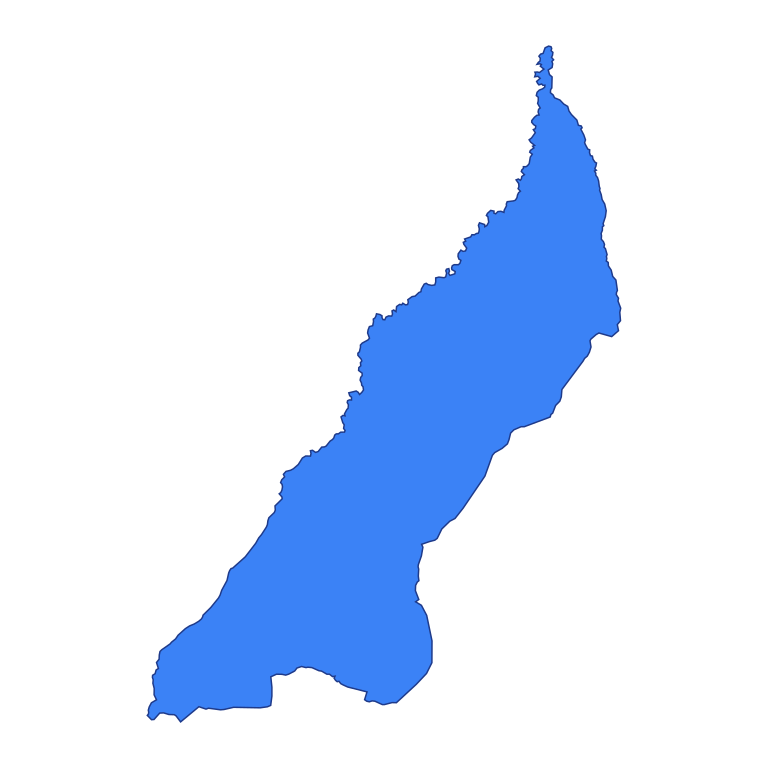 Itinga do Maranhão, Maranhão, Brazil
{"feature_id": "56859067B66965401422708", "entity_name": "Itinga do Maranhão", "entity_type": "district", "adm_level": 2, "iso_a3": "BRA", "parent_name": "Brazil", "parent_adm1": "Maranhão", "projection": "albers", "projection_center": [-47.255, -4.165], "detail": "fine", "context": "isolated", "style": "filled", "palette": "blue", "viewbox_px": 768, "rotation_deg": 0, "n_neighbors": 0, "source": "geoboundaries", "source_scale": "gbopen_adm2", "svg_char_len": 6082}
<svg xmlns="http://www.w3.org/2000/svg" viewBox="0 0 768 768"><path d="M160.0,651.5L159.3,654.9L159.1,659.2L156.5,662.5L158.4,668.5L156.1,670.0L155.1,673.7L152.6,675.3L152.4,677.3L153.2,679.8L152.9,683.3L154.2,688.4L154.1,694.8L156.5,699.8L151.4,702.8L149.2,707.0L148.3,710.2L148.7,712.2L148.4,714.1L147.3,715.4L151.5,719.7L154.0,719.5L159.7,713.1L163.6,712.9L168.9,714.5L174.3,714.7L176.1,715.9L180.6,721.9L198.9,706.7L206.0,709.1L208.5,708.2L220.5,709.8L224.0,709.5L233.6,707.3L260.1,707.8L267.4,706.8L270.7,705.4L271.9,696.1L271.9,687.2L270.8,676.8L276.5,674.2L281.9,674.3L285.7,675.1L288.8,674.1L294.7,671.0L297.0,668.0L301.6,666.5L306.0,667.6L307.9,667.2L311.9,667.6L318.9,670.7L321.5,671.1L326.9,674.2L329.5,674.2L332.5,676.6L335.0,676.2L334.1,678.2L335.6,680.4L337.2,681.7L339.0,681.3L340.7,683.6L343.1,684.9L347.7,687.0L367.0,691.9L364.6,699.7L366.7,701.2L369.3,701.8L372.1,700.9L374.9,701.2L382.4,704.6L384.3,704.6L392.1,702.6L396.4,702.7L416.2,684.4L426.5,673.5L431.9,662.7L432.0,640.9L426.7,615.4L421.4,605.3L415.6,601.8L418.8,599.5L415.4,590.7L415.6,585.4L417.3,582.0L418.9,580.7L418.3,576.1L418.7,569.1L418.1,566.8L418.3,564.8L421.4,555.9L422.9,547.2L421.6,544.3L429.4,541.6L434.8,540.2L437.2,538.4L441.8,529.0L449.8,521.2L455.0,518.5L463.1,508.2L484.9,476.1L492.4,455.3L494.7,452.6L502.1,448.4L507.4,443.9L509.0,439.7L510.6,433.1L513.9,429.8L521.1,426.7L524.3,426.7L550.2,417.0L550.9,414.5L552.7,413.1L555.6,405.5L559.8,401.2L561.3,396.9L561.9,389.5L583.0,361.2L584.6,358.4L587.3,356.1L589.4,352.2L591.0,347.0L590.0,340.8L590.8,339.2L596.1,334.6L598.9,333.0L611.7,336.6L618.5,330.7L617.3,324.6L620.5,320.7L619.8,312.3L620.7,308.2L618.0,301.0L618.5,298.2L616.3,294.6L616.5,292.4L617.4,290.5L615.9,280.0L612.7,276.4L611.2,270.1L608.4,265.9L608.2,262.4L606.3,261.1L606.8,258.5L606.4,256.4L607.1,254.6L605.4,248.6L604.0,247.2L604.5,244.4L603.4,241.6L601.3,239.2L601.5,235.7L601.1,233.5L602.4,230.3L602.4,226.8L603.8,225.7L603.1,223.7L605.4,216.7L606.2,210.7L604.7,204.0L602.1,199.5L601.2,194.6L599.6,190.2L600.0,188.5L599.3,186.5L598.6,181.0L597.5,177.5L595.8,175.3L595.8,173.2L594.5,171.0L596.3,170.2L594.8,168.8L595.9,166.2L596.5,163.0L594.9,162.1L593.0,159.2L592.4,156.1L590.5,155.6L589.5,152.7L589.7,149.8L587.8,149.1L585.3,144.4L584.6,142.6L585.5,139.9L583.8,134.9L580.8,129.1L582.1,127.8L581.3,126.0L578.4,125.3L576.9,120.1L571.4,114.5L569.0,111.0L567.7,106.4L563.7,104.0L559.9,100.0L554.5,97.8L553.2,95.0L550.4,92.7L550.6,89.7L551.8,88.0L552.1,76.9L549.5,74.6L548.2,70.0L552.1,67.5L552.7,63.8L551.9,61.4L553.6,59.8L551.5,57.3L552.5,55.3L552.9,52.4L551.1,50.7L551.7,48.4L551.0,46.7L548.6,46.1L545.1,47.8L543.1,53.4L540.6,54.1L538.9,56.2L540.3,58.2L540.0,61.1L538.3,62.4L537.0,64.3L539.8,63.8L541.4,64.5L540.3,66.2L543.9,69.1L539.5,72.5L537.3,72.0L534.9,72.2L535.6,73.9L534.7,76.8L537.9,76.3L540.2,78.3L536.6,81.4L537.6,83.3L538.9,84.9L541.7,84.0L542.9,85.3L544.9,85.2L544.7,87.2L542.6,88.8L539.3,90.1L537.1,92.3L536.3,95.6L538.3,97.3L538.2,101.1L537.6,103.4L540.2,108.0L538.6,109.3L538.1,112.0L539.1,115.0L536.8,115.3L534.5,117.2L531.8,120.5L531.7,122.3L533.6,124.6L535.8,126.0L535.4,128.6L533.3,129.6L535.3,132.7L531.5,138.0L529.1,139.8L530.6,142.1L534.6,145.4L532.6,146.2L533.9,147.9L530.3,150.5L529.7,152.2L532.3,154.2L530.3,157.1L529.2,163.6L527.5,165.7L526.0,166.7L523.4,166.7L523.4,168.4L521.9,169.8L521.3,171.5L524.4,174.7L521.8,176.5L521.4,178.8L520.4,180.3L518.3,179.0L516.1,179.9L518.7,183.6L518.9,186.6L518.1,188.7L520.4,191.2L518.6,192.7L517.5,195.0L517.0,197.6L515.4,200.2L513.5,200.9L507.2,201.7L506.3,204.0L506.5,205.8L504.2,210.2L503.9,212.4L500.9,211.3L497.9,211.6L495.7,213.8L493.9,213.1L494.0,211.1L490.7,210.4L487.5,213.3L486.4,215.5L487.9,216.7L488.7,222.2L486.9,225.5L484.8,226.7L484.6,224.5L479.5,222.8L478.4,225.3L479.3,228.8L479.0,231.5L478.2,233.3L476.4,233.5L474.4,234.8L471.9,234.7L470.7,236.9L464.6,239.0L465.7,241.2L463.3,242.3L463.9,244.4L466.7,248.1L465.5,250.9L463.0,251.4L460.9,250.1L458.2,253.8L458.0,256.4L458.9,259.1L460.9,260.3L459.9,263.3L458.4,264.7L454.1,264.7L452.3,265.7L451.6,267.9L451.9,269.6L455.2,271.5L454.8,273.8L450.0,275.4L448.5,273.2L449.5,271.3L448.8,268.6L446.5,269.2L445.8,270.8L446.6,273.1L445.7,276.9L444.1,277.7L438.9,277.1L435.7,277.9L435.7,282.0L434.8,284.9L431.7,285.4L428.1,284.6L426.2,283.3L424.2,284.1L421.4,289.0L420.9,291.7L418.9,292.5L415.1,296.1L412.1,296.6L407.8,299.7L408.3,302.2L407.6,304.5L405.6,304.9L402.8,303.2L401.7,304.8L399.6,304.4L396.6,306.5L396.0,311.6L393.7,310.0L392.0,310.9L392.5,314.1L391.7,316.1L388.6,315.9L386.0,317.1L384.8,319.8L383.0,319.6L382.0,317.6L382.0,315.8L379.9,314.5L376.5,313.8L375.8,316.4L374.8,318.1L373.3,319.1L373.5,321.7L372.7,325.7L369.4,326.6L368.1,329.9L367.6,333.0L369.5,338.2L367.9,340.0L362.2,343.1L360.4,345.1L360.5,347.2L359.4,351.8L357.9,353.2L357.9,355.3L361.2,359.2L361.8,361.0L360.4,362.7L360.8,365.8L358.8,367.6L358.6,370.5L362.1,373.1L362.2,375.5L360.7,377.4L360.1,380.1L361.5,383.0L361.7,385.2L363.0,386.7L363.5,390.0L361.7,392.5L359.5,394.5L358.3,392.4L356.2,391.0L348.8,392.8L349.7,395.7L351.5,397.2L351.5,400.0L349.4,399.9L347.6,400.7L347.2,402.5L348.4,404.7L348.1,408.2L346.8,409.6L344.5,413.9L345.0,415.8L343.0,415.4L341.0,416.9L342.8,422.7L344.2,424.8L343.6,428.5L345.1,430.4L344.5,432.1L340.6,432.2L338.5,433.8L336.2,433.9L334.7,435.1L333.9,437.8L332.5,439.5L330.1,441.1L326.2,446.0L324.5,446.9L321.7,447.1L318.2,451.5L315.6,452.4L312.5,450.3L310.4,450.7L311.0,453.4L310.5,456.1L305.7,456.0L302.4,458.0L298.3,464.5L293.3,468.8L290.5,470.3L286.0,471.4L283.4,474.3L284.6,476.9L281.8,479.7L280.6,482.6L282.1,484.4L282.5,486.9L281.9,490.2L280.8,492.5L279.2,493.8L281.9,496.9L282.2,498.8L275.0,505.9L275.3,510.1L274.3,512.5L268.9,517.7L267.9,520.7L267.4,524.6L266.3,527.2L261.5,534.6L258.8,537.8L255.7,543.3L245.3,556.8L232.7,568.1L231.0,568.6L229.7,570.5L228.7,572.9L227.0,580.5L221.7,590.3L220.1,595.1L218.5,598.0L210.8,607.5L203.1,615.1L202.5,617.2L201.4,619.0L198.7,621.3L194.2,624.0L189.6,625.9L185.4,628.6L178.1,635.2L175.6,638.9L171.5,642.2L170.1,643.9L161.8,649.7L160.0,651.5Z" fill="#3b82f6" stroke="#1e3a8a" stroke-width="1.5"/></svg>